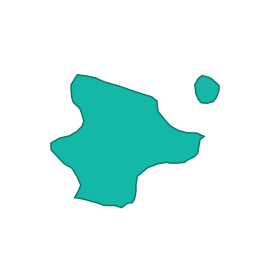 Sadarak District, Şərur, Azerbaijan, rotated 34°
{"feature_id": "54616110B79964383852369", "entity_name": "Sadarak District", "entity_type": "district", "adm_level": 2, "iso_a3": "AZE", "parent_name": "Azerbaijan", "parent_adm1": "Şərur", "projection": "albers", "projection_center": [44.899, 39.696], "detail": "fine", "context": "isolated", "style": "filled", "palette": "teal", "viewbox_px": 256, "rotation_deg": 34, "n_neighbors": 0, "source": "geoboundaries", "source_scale": "gbopen_adm2", "svg_char_len": 1130}
<svg xmlns="http://www.w3.org/2000/svg" viewBox="0 0 256 256"><g transform="rotate(34 128 128)"><path d="M195.7,92.4L187.9,93.8L179.9,98.8L171.4,101.9L161.6,102.6L152.7,100.3L143.9,97.6L141.4,95.1L137.1,89.6L130.2,88.9L123.2,91.1L116.3,93.1L106.2,95.9L97.9,98.0L91.5,100.1L82.5,103.0L72.7,104.8L66.0,107.4L56.2,112.2L56.4,118.4L56.7,124.3L61.0,130.1L64.2,134.0L68.3,137.3L77.0,138.7L80.9,141.4L87.3,146.7L89.0,151.9L87.6,159.5L83.7,167.4L77.0,174.6L72.5,183.6L76.6,189.2L86.4,191.4L95.3,193.3L104.1,192.7L113.0,196.8L120.7,201.7L122.1,207.7L122.7,215.5L127.3,213.3L132.3,211.3L139.9,208.9L145.3,207.0L151.4,205.5L155.6,202.9L160.2,199.7L167.2,197.6L169.6,190.7L173.5,187.2L173.0,183.0L171.4,179.0L169.4,175.0L166.6,171.1L164.6,166.9L162.7,162.6L164.6,156.2L166.7,149.4L170.4,144.4L172.5,141.2L178.8,135.2L183.4,133.0L188.9,129.2L194.1,124.8L195.3,121.0L199.1,114.6L199.8,109.7L196.7,103.1L194.2,97.3L195.7,92.4ZM179.9,63.1L183.9,58.3L184.2,53.4L182.4,45.9L179.6,41.8L170.7,40.5L166.8,40.8L160.2,43.0L158.6,47.6L159.2,54.7L165.1,61.6L170.8,65.1L174.8,66.1L179.9,63.1Z" fill="#14b8a6" stroke="#0f766e" stroke-width="1.5"/></g></svg>